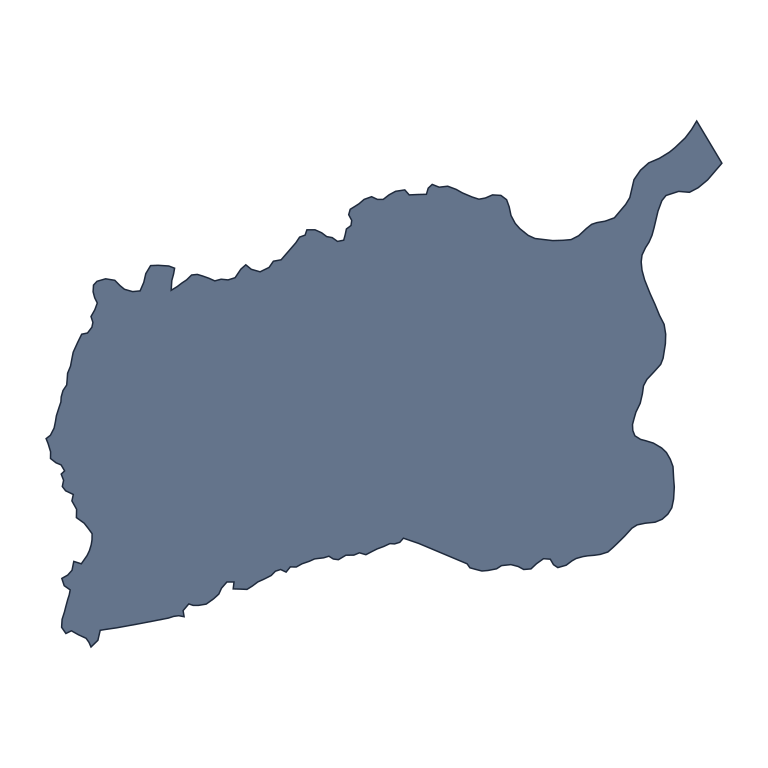 the district of Camamu, Bahia, Brazil
{"feature_id": "56859067B78480965793376", "entity_name": "Camamu", "entity_type": "district", "adm_level": 2, "iso_a3": "BRA", "parent_name": "Brazil", "parent_adm1": "Bahia", "projection": "orthographic", "projection_center": [-39.173, -14.002], "detail": "fine", "context": "isolated", "style": "filled", "palette": "slate", "viewbox_px": 768, "rotation_deg": 0, "n_neighbors": 0, "source": "geoboundaries", "source_scale": "gbopen_adm2", "svg_char_len": 3604}
<svg xmlns="http://www.w3.org/2000/svg" viewBox="0 0 768 768"><path d="M721.9,163.2L696.7,121.0L691.5,129.6L685.2,137.9L675.0,147.6L669.5,152.1L659.4,158.3L648.7,162.9L640.5,170.2L634.0,179.6L629.8,197.6L625.7,204.4L614.4,217.8L605.0,221.2L596.9,222.6L591.7,224.3L586.4,228.5L578.7,235.7L571.1,239.6L563.0,240.3L552.7,240.6L535.0,238.5L528.2,235.4L519.9,228.7L515.2,223.4L511.0,215.5L509.2,206.9L506.6,199.7L500.9,195.4L492.5,194.9L485.4,198.0L478.9,199.2L472.1,197.0L462.4,192.9L456.2,189.4L447.7,186.2L439.2,187.2L432.2,184.4L428.2,188.2L426.4,194.3L418.1,194.5L409.2,194.9L404.8,189.9L395.6,191.3L389.1,194.8L383.2,199.4L377.4,199.4L371.6,196.7L364.1,199.4L359.1,203.7L354.4,206.7L350.2,209.3L348.7,214.7L351.7,220.4L351.0,225.5L346.4,229.0L345.2,234.7L343.7,240.2L337.5,241.4L332.2,237.6L326.7,236.6L321.7,232.8L315.0,229.8L306.9,229.8L305.1,235.1L299.6,237.1L295.9,242.7L281.1,259.8L273.4,261.2L269.1,267.4L260.1,271.8L251.3,269.3L245.8,264.8L240.9,269.1L235.1,277.7L228.1,279.9L221.1,279.2L214.8,280.9L208.8,278.2L202.6,276.0L197.3,274.4L191.6,275.0L186.6,279.9L181.9,283.0L177.2,286.6L171.2,290.3L171.8,280.6L173.6,273.9L174.6,268.2L168.8,266.0L158.1,265.3L150.6,265.6L145.8,273.6L143.8,282.3L140.1,290.9L132.6,291.6L124.5,289.3L120.0,285.6L114.8,280.3L105.6,278.8L97.0,281.3L93.5,285.1L93.1,291.8L94.7,297.8L97.3,303.0L94.8,309.8L91.0,316.5L92.9,322.4L91.9,327.2L87.5,333.0L81.7,334.2L77.8,342.1L73.2,352.2L72.0,358.2L70.5,366.2L67.6,373.2L67.2,379.1L66.7,385.0L63.0,390.5L61.2,396.9L60.9,402.0L58.9,407.9L56.4,415.7L55.4,421.8L54.1,428.1L50.4,435.3L46.1,438.6L48.1,443.6L50.6,451.8L50.5,458.5L56.0,462.8L61.1,464.9L64.6,470.9L61.2,474.1L63.6,480.3L62.3,486.5L65.6,490.8L73.3,494.5L71.9,500.9L76.6,509.3L76.4,517.6L84.2,523.2L88.4,528.6L92.1,533.7L92.0,539.9L91.2,544.8L89.4,550.7L87.1,555.5L81.3,563.8L73.8,561.4L72.0,570.3L67.7,575.1L61.8,578.4L64.2,585.7L70.2,589.9L69.2,595.0L67.7,599.6L65.7,607.0L64.5,611.8L62.1,619.3L61.6,627.3L65.9,633.5L71.4,630.8L78.5,634.8L86.1,638.3L89.0,642.4L91.0,647.0L97.9,640.3L100.2,630.3L105.1,629.5L116.8,627.8L138.8,623.8L168.3,618.1L173.6,616.4L178.7,615.7L184.1,616.7L183.1,610.6L188.8,603.9L193.2,605.4L198.4,605.4L206.2,604.1L213.6,598.8L218.8,594.1L221.5,588.2L226.9,582.0L234.0,582.0L233.2,588.9L240.2,589.1L247.0,589.4L252.4,586.0L257.7,582.0L264.5,578.9L271.2,575.5L275.4,571.2L280.6,569.5L286.1,572.1L290.3,566.9L296.3,567.0L302.0,563.8L309.3,561.3L314.6,558.9L323.7,557.8L328.9,556.2L333.3,559.0L338.4,559.7L345.9,555.2L353.9,555.1L359.4,552.8L365.9,554.7L372.4,551.3L377.2,548.9L383.7,546.5L389.9,543.6L394.6,543.9L399.8,542.3L403.4,538.2L418.6,543.4L467.1,563.8L469.9,567.8L475.7,569.4L481.9,571.0L487.9,570.5L496.6,568.8L501.5,565.6L510.9,564.6L518.2,566.5L523.7,569.5L531.0,568.9L536.5,563.7L543.5,558.7L550.3,559.2L553.5,564.7L557.8,567.6L566.2,565.2L571.9,560.9L576.1,558.5L582.9,556.6L587.8,555.8L594.1,555.3L600.3,554.4L607.9,552.0L613.1,547.4L617.0,543.7L624.6,536.2L631.9,528.2L637.1,524.9L645.3,523.2L655.1,522.2L662.2,519.2L667.9,514.1L671.8,507.8L673.6,499.1L674.3,487.0L673.7,479.5L673.0,466.6L670.3,459.3L666.4,452.5L661.7,448.0L653.4,443.1L645.6,440.7L640.6,439.4L634.9,435.8L632.8,430.5L632.5,424.5L634.2,418.1L635.9,412.2L640.2,403.3L642.4,393.8L643.5,385.8L646.9,379.4L653.7,372.2L660.7,364.4L663.1,358.2L665.4,343.7L665.7,334.2L664.1,324.3L659.5,315.4L655.0,304.4L650.1,293.6L644.6,279.8L642.0,270.2L641.2,261.9L642.0,255.1L645.5,247.7L649.0,242.2L652.0,235.3L654.0,228.0L658.0,211.1L661.9,200.6L666.0,195.5L678.6,191.4L689.5,192.3L698.2,187.7L707.6,179.9L721.9,163.2Z" fill="#64748b" stroke="#1e293b" stroke-width="1.5"/></svg>